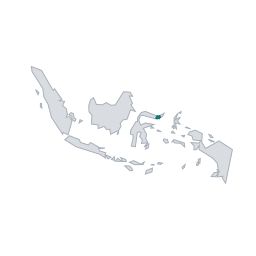 Bolaang Mongondow, Sulawesi Utara, Indonesia (highlighted), rotated 11°
{"feature_id": "22746128B99982169683342", "entity_name": "Bolaang Mongondow", "entity_type": "district", "adm_level": 2, "iso_a3": "IDN", "parent_name": "Indonesia", "parent_adm1": "Sulawesi Utara", "projection": "robinson", "projection_center": [124.032, 0.721], "detail": "fine", "context": "in_parent", "style": "filled", "palette": "teal", "viewbox_px": 256, "rotation_deg": 11, "n_neighbors": 0, "source": "geoboundaries", "source_scale": "gbopen_adm2", "svg_char_len": 4733}
<svg xmlns="http://www.w3.org/2000/svg" viewBox="0 0 256 256"><g transform="rotate(11 128 128)"><path d="M88.4,104.8L92.5,110.9L98.6,110.1L101.7,107.2L107.0,108.9L111.2,107.8L116.7,93.3L123.3,92.5L126.4,96.0L123.1,96.3L127.8,103.2L126.5,104.8L132.0,110.3L127.0,109.7L125.4,119.5L121.6,121.0L119.4,124.9L120.8,127.6L119.3,132.0L112.1,137.5L110.4,132.6L107.4,133.7L104.3,131.0L98.8,134.2L98.1,130.7L91.4,131.1L90.1,122.2L86.7,119.7L85.2,113.6L85.8,107.6L88.4,104.8ZM21.4,86.1L32.2,88.0L45.9,103.9L47.6,105.2L48.4,103.5L57.6,112.4L55.3,114.3L60.6,113.9L59.5,118.5L63.8,120.9L66.1,126.5L65.2,129.2L68.7,128.0L71.7,131.9L70.4,146.2L65.2,144.6L65.1,146.7L50.9,132.2L44.9,119.8L39.5,113.6L36.9,105.6L23.0,90.8L21.4,86.1ZM234.6,129.3L234.3,163.6L229.9,158.8L230.4,157.3L224.7,159.0L225.6,155.5L224.1,153.8L224.6,153.5L225.5,153.6L226.1,153.5L223.4,152.1L224.6,151.7L222.2,145.4L217.3,141.6L201.9,135.6L201.3,131.6L199.3,136.1L197.0,136.9L196.2,132.9L192.6,130.2L200.7,129.3L201.7,126.6L194.2,127.3L192.4,123.7L188.1,123.0L189.3,120.0L194.6,117.3L202.0,119.4L203.0,127.7L207.9,133.3L219.8,123.3L234.6,129.3ZM159.6,110.2L154.3,113.8L139.5,112.7L137.7,114.0L137.1,118.4L139.9,122.7L144.1,119.8L152.8,119.6L143.1,125.4L147.5,130.8L147.3,134.6L150.2,138.7L144.2,140.6L144.3,137.1L141.0,134.1L141.7,130.0L139.8,129.6L138.0,131.0L138.8,145.0L134.7,145.1L135.0,136.8L134.3,134.0L131.5,133.4L131.1,129.8L134.5,120.3L136.1,120.0L135.5,115.9L138.0,110.3L141.8,108.4L155.1,111.0L160.6,106.6L159.6,110.2ZM72.0,146.7L82.5,148.7L84.1,151.3L92.3,152.2L94.1,149.4L102.1,152.1L104.3,155.9L110.8,156.6L110.7,159.9L111.7,161.8L105.5,159.2L80.6,156.3L68.2,151.6L72.0,146.7ZM172.9,111.0L177.3,107.2L175.3,111.6L178.3,114.3L173.6,113.9L176.1,120.2L172.7,116.7L171.4,109.4L174.3,103.8L172.9,111.0ZM175.0,130.6L186.1,132.0L187.2,135.8L182.7,133.0L176.5,133.7L174.7,132.1L173.6,133.9L175.0,130.6ZM149.8,161.0L141.7,162.7L136.0,161.4L139.7,159.0L147.6,161.0L150.4,158.3L149.8,161.0ZM126.4,158.5L131.8,159.3L132.8,161.3L121.9,163.0L123.7,159.7L127.4,161.6L128.6,160.9L126.4,158.5ZM159.7,162.7L159.9,166.5L153.8,169.9L154.1,166.3L159.7,162.7ZM71.7,124.3L73.2,128.5L75.3,129.1L74.6,131.7L71.5,130.4L70.5,127.0L67.4,126.3L69.0,123.8L71.7,124.3ZM223.0,159.2L218.9,159.8L221.0,155.4L224.2,154.5L225.2,156.1L223.0,159.2ZM136.9,165.0L139.4,166.8L140.6,168.9L138.1,169.6L132.0,165.8L136.9,165.0ZM168.8,131.8L170.5,134.7L168.0,135.7L165.0,133.5L165.2,131.9L168.8,131.8ZM111.1,158.6L116.9,159.9L114.3,162.2L111.1,158.6ZM120.1,158.8L121.0,162.4L117.6,161.9L120.1,158.8ZM81.8,129.7L79.0,132.4L79.3,129.0L81.8,129.7ZM204.7,144.1L205.3,148.7L204.1,148.9L203.0,145.6L204.7,144.1ZM109.2,152.2L104.8,153.6L103.0,152.8L109.2,152.2ZM151.6,139.5L151.7,143.6L149.1,145.4L150.1,139.9L151.6,139.5ZM29.9,107.9L33.8,110.3L33.3,112.5L29.9,107.9ZM39.6,124.9L38.0,124.0L37.3,120.6L38.5,120.5L39.6,124.9ZM189.5,157.7L188.6,156.1L191.0,153.0L190.9,155.8L189.5,157.7ZM185.1,115.8L189.7,117.0L184.5,116.6L185.1,115.8ZM157.4,124.2L161.6,125.4L157.0,125.3L157.4,124.2ZM149.7,141.5L147.4,143.6L149.4,139.9L149.7,141.5ZM208.6,118.9L210.9,119.3L213.2,121.2L211.0,121.7L208.6,118.9ZM168.5,156.0L166.9,157.5L163.8,157.6L164.6,155.9L168.5,156.0ZM204.5,149.5L203.5,151.6L202.4,151.6L202.5,148.2L204.5,149.5ZM174.8,124.2L172.1,124.6L171.3,123.9L172.5,122.5L174.8,124.2ZM209.0,123.9L212.4,124.2L215.6,125.0L212.5,125.5L209.0,123.9ZM150.3,121.7L153.2,123.1L150.3,123.8L150.3,121.7ZM177.0,103.7L175.1,103.3L176.9,101.7L177.0,103.7ZM157.2,159.9L160.3,158.7L160.7,159.5L157.2,159.9ZM185.1,124.4L184.6,126.3L182.2,125.3L183.4,124.8L185.1,124.4ZM119.6,135.3L118.4,136.6L119.4,132.6L119.6,135.3ZM172.1,117.1L173.5,119.7L173.0,120.1L170.8,118.1L172.1,117.1Z" fill="#d9dde1" stroke="#a8b0b8" stroke-width="1"/><path d="M156.8,110.1L156.7,110.2L156.4,110.2L156.3,110.3L156.2,110.5L155.9,110.6L155.7,110.7L155.4,110.8L155.2,110.9L155.2,111.0L155.3,111.0L155.2,111.0L154.9,111.0L154.7,111.0L154.5,110.9L154.5,111.0L154.4,111.1L154.3,110.9L154.3,111.0L154.2,111.0L154.2,110.9L154.1,111.0L154.2,111.3L154.2,111.5L154.2,111.8L154.2,112.0L153.9,112.2L153.7,112.3L153.8,112.4L153.9,112.5L154.0,112.5L154.1,112.4L154.1,112.5L154.1,112.8L154.0,113.0L154.3,113.0L154.5,113.1L154.8,113.0L155.0,113.1L155.3,113.0L155.5,113.0L155.6,112.9L155.7,112.7L155.8,112.7L156.0,112.7L156.3,112.6L156.5,112.6L156.8,112.5L156.8,112.4L157.0,112.3L157.0,112.2L156.9,111.9L156.9,112.0L156.8,111.9L156.8,111.7L156.7,111.7L156.8,111.5L156.9,111.4L157.0,111.4L157.1,111.5L157.2,111.4L157.3,111.4L157.5,111.3L157.4,111.3L157.4,111.2L157.5,111.2L157.4,111.0L157.3,110.9L157.2,110.9L157.2,110.7L157.2,110.4L157.0,110.2L156.9,110.2L156.8,110.1ZM154.5,110.8L154.4,110.8L154.5,110.8L154.5,110.8Z" fill="#14b8a6" stroke="#0f766e" stroke-width="1.5"/></g></svg>